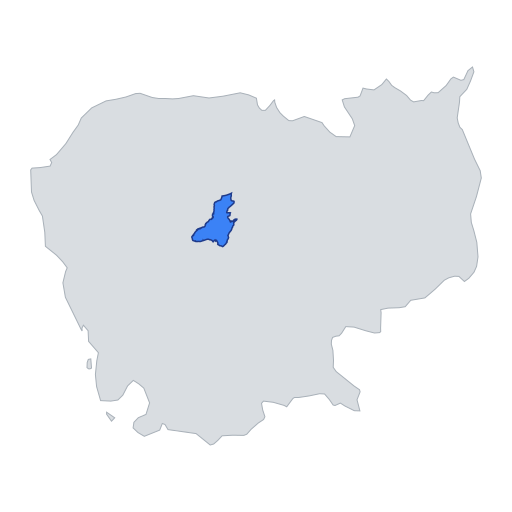 location of Stoung, Kâmpóng Thum, Cambodia
{"feature_id": "14789045B61102121423301", "entity_name": "Stoung", "entity_type": "district", "adm_level": 2, "iso_a3": "KHM", "parent_name": "Cambodia", "parent_adm1": "Kâmpóng Thum", "projection": "orthographic", "projection_center": [104.491, 12.979], "detail": "fine", "context": "in_parent", "style": "filled", "palette": "blue", "viewbox_px": 512, "rotation_deg": 0, "n_neighbors": 0, "source": "geoboundaries", "source_scale": "gbopen_adm2", "svg_char_len": 7524}
<svg xmlns="http://www.w3.org/2000/svg" viewBox="0 0 512 512"><path d="M472.5,67.0L473.9,71.8L470.5,81.0L466.8,89.3L459.8,96.7L459.5,102.0L457.2,117.9L458.2,123.0L459.9,127.3L462.3,129.6L468.7,145.1L474.5,159.1L480.2,170.7L481.3,178.0L476.4,196.7L470.6,213.9L471.3,222.4L473.9,230.9L476.8,242.3L478.0,256.8L476.6,266.3L474.0,272.2L468.8,278.3L464.4,281.5L458.9,276.4L454.6,276.2L448.8,277.8L444.3,280.2L435.1,289.2L424.9,297.9L410.7,300.3L405.2,306.7L399.3,307.7L388.1,308.1L380.7,309.6L381.1,312.8L380.6,328.0L380.7,331.6L379.6,332.6L374.5,333.0L365.9,330.8L354.1,327.1L345.8,326.6L341.6,333.2L339.1,335.8L335.9,336.2L332.6,337.4L331.5,340.4L331.3,344.1L332.9,350.4L333.5,360.4L333.2,367.3L336.2,371.6L354.2,386.1L359.5,389.7L360.1,391.8L357.0,399.8L359.9,410.9L354.3,410.7L344.9,406.0L340.4,403.1L335.0,405.5L333.1,405.0L329.4,399.6L324.6,394.0L319.7,393.7L309.2,395.9L298.6,397.5L294.5,397.5L292.9,398.5L286.7,406.8L284.1,405.4L273.3,402.3L263.5,401.1L261.5,403.3L262.7,410.0L264.9,416.7L263.6,419.5L258.3,423.0L251.1,429.3L246.8,434.2L243.8,435.4L232.9,435.2L222.1,435.8L217.8,440.4L213.7,444.0L210.2,445.0L196.1,433.6L168.0,429.6L165.0,424.5L162.3,423.5L159.7,430.1L144.3,436.3L137.9,432.5L133.1,427.9L133.9,422.3L138.3,417.7L146.0,414.4L149.6,402.9L143.8,388.1L138.7,383.8L133.3,380.4L127.6,385.9L122.8,395.2L117.9,400.0L110.8,401.1L100.6,400.6L96.6,386.6L95.4,374.6L96.8,360.8L98.4,352.7L88.6,341.4L88.1,330.7L83.4,325.2L82.0,328.0L82.1,331.0L80.8,328.8L65.4,297.3L62.9,282.8L65.6,271.6L67.2,267.8L62.8,261.9L56.5,255.2L45.4,246.3L44.8,232.4L42.4,216.0L39.2,210.5L34.1,200.4L31.5,192.0L30.7,169.9L32.1,168.1L40.0,167.6L50.1,166.1L51.7,162.5L50.0,159.5L56.5,154.6L65.8,143.7L73.0,132.3L78.2,125.1L81.3,118.0L91.7,107.9L106.1,100.9L115.8,99.3L125.9,97.0L135.6,93.6L140.1,93.3L152.2,97.5L158.6,98.5L165.5,98.5L172.5,98.9L178.7,98.5L193.4,95.7L209.0,98.0L223.0,96.2L240.2,92.8L248.7,94.9L256.4,98.2L257.5,104.9L259.3,108.0L261.9,110.4L265.3,110.4L269.7,105.7L273.4,100.8L274.6,99.9L274.8,102.3L276.6,107.5L279.9,112.7L283.3,116.1L288.8,120.6L292.5,120.8L304.3,116.5L322.0,122.6L324.1,125.8L329.8,132.1L336.1,136.6L349.9,136.9L354.7,125.6L352.3,118.8L344.4,106.9L342.2,99.9L344.7,98.7L358.0,97.2L360.1,95.9L363.0,88.1L366.6,89.0L374.0,89.9L381.8,84.6L386.4,79.0L388.9,81.5L391.7,85.4L394.7,87.6L400.4,90.9L406.6,95.5L410.5,100.1L413.6,101.9L421.5,100.5L423.6,100.7L428.2,95.0L431.4,92.0L434.1,92.8L438.1,92.7L446.2,85.5L450.9,78.9L453.4,77.1L460.9,80.3L463.8,79.6L468.0,70.6L472.5,67.0ZM91.5,368.1L89.9,368.9L88.5,368.8L87.0,367.6L87.2,362.5L88.3,359.4L90.8,358.9L91.5,368.1ZM114.7,417.8L111.5,421.2L106.6,414.2L106.6,412.2L114.7,417.8Z" fill="#d9dde1" stroke="#a8b0b8" stroke-width="1"/><path d="M236.9,219.2L236.6,219.1L235.6,219.1L235.4,219.3L235.2,219.4L235.2,219.5L235.3,219.7L235.4,219.8L235.2,219.8L235.0,219.6L235.1,219.4L234.9,219.3L234.6,219.7L234.8,219.9L234.8,220.0L234.5,220.1L234.3,220.0L234.2,220.0L234.4,220.3L234.3,220.5L234.1,220.5L233.7,220.6L233.6,220.8L233.8,220.9L233.7,221.1L233.2,220.9L233.0,221.2L233.0,221.4L232.4,221.4L232.2,221.4L232.2,221.2L231.9,221.0L231.6,221.0L231.4,221.4L231.2,221.6L231.1,221.2L230.9,221.1L230.8,221.3L230.8,221.5L230.7,221.7L230.5,221.9L230.4,221.9L230.2,221.4L230.0,220.9L229.5,219.9L229.3,219.5L228.1,218.2L227.9,217.8L227.6,217.0L227.7,216.7L227.8,216.5L228.4,216.2L229.4,215.8L229.7,215.7L229.9,215.4L230.0,215.0L230.0,214.7L230.0,214.2L230.0,213.8L230.1,213.4L230.4,212.8L230.2,212.7L227.2,212.8L226.8,212.7L226.7,212.3L227.1,210.9L227.4,210.3L227.7,210.1L227.6,209.8L227.7,209.6L227.7,209.2L227.8,208.9L227.8,208.7L228.0,208.4L228.4,208.0L228.7,207.8L228.8,207.6L229.0,207.5L229.2,207.1L229.9,206.7L230.6,206.1L232.4,204.5L232.8,204.1L233.7,203.3L233.9,203.0L234.0,202.7L234.0,202.2L234.1,201.8L234.0,201.4L233.9,201.2L233.7,201.1L232.1,200.9L231.7,200.7L231.3,200.5L231.1,200.0L230.8,198.8L230.8,197.9L230.8,197.5L231.0,196.7L231.2,196.2L231.3,195.9L231.2,194.3L231.2,194.0L231.4,193.2L231.0,193.4L230.7,193.6L229.7,194.0L226.4,195.2L224.6,195.6L222.9,195.9L222.1,196.0L222.0,196.6L221.5,198.2L221.1,199.1L220.7,199.9L220.6,200.0L220.3,200.1L219.7,200.2L219.2,200.5L218.3,200.7L217.4,201.0L217.1,201.2L216.2,201.9L215.6,201.9L215.2,202.1L214.9,202.4L214.7,202.6L214.3,203.8L214.1,204.5L214.2,204.9L214.4,205.6L214.2,206.4L214.1,206.6L214.0,206.8L214.2,208.3L214.0,209.3L214.0,209.9L214.1,210.4L213.7,212.4L213.6,212.7L213.7,213.2L213.6,213.8L213.1,213.6L213.1,213.9L212.9,214.0L212.6,214.2L212.6,214.3L212.6,214.6L212.5,214.9L212.5,215.1L212.6,215.4L212.5,215.5L212.4,215.9L212.5,216.1L212.6,216.3L212.8,216.6L213.2,216.8L213.2,217.0L212.9,217.3L213.0,217.4L212.9,217.5L212.9,217.8L212.7,218.0L212.6,217.8L212.5,217.7L212.4,217.8L212.2,217.9L212.1,218.0L211.9,218.3L211.8,218.5L211.8,218.9L211.8,219.0L211.6,219.1L211.4,219.3L211.2,219.4L210.9,219.3L210.3,219.3L210.0,219.3L209.4,219.9L208.9,220.6L208.4,221.5L208.2,221.7L207.7,222.0L207.4,222.0L206.9,222.5L206.4,222.9L206.3,223.1L206.2,223.2L206.2,223.4L206.1,223.5L205.7,223.6L205.6,223.9L205.5,224.2L205.5,224.3L205.3,224.5L205.4,224.8L205.4,225.0L204.8,226.5L204.6,226.7L204.3,226.8L203.8,227.1L203.7,227.1L203.4,227.0L202.8,227.1L202.5,227.2L202.3,227.2L201.7,227.8L201.5,227.7L201.1,228.0L200.7,228.2L200.2,228.0L200.1,228.3L199.8,228.6L199.8,228.8L199.4,228.7L199.2,228.8L198.9,228.7L198.8,228.8L198.5,228.7L198.4,228.8L198.2,228.9L197.9,228.9L197.8,229.0L197.7,229.1L197.8,229.4L197.9,229.5L197.5,229.9L197.4,229.9L197.0,229.7L196.9,229.7L196.7,229.9L196.6,230.0L196.8,230.4L196.8,230.6L196.2,231.0L195.6,231.6L194.9,232.5L194.7,232.8L194.7,233.1L194.4,233.4L194.0,234.0L193.9,234.1L193.7,234.2L193.6,234.3L193.7,234.5L193.7,234.8L193.3,235.0L193.2,235.1L193.4,235.5L193.2,235.7L192.8,235.6L192.7,235.6L192.6,235.9L192.3,236.1L192.0,236.5L191.8,237.0L192.0,237.7L192.2,238.1L192.4,239.2L192.5,239.7L192.7,240.0L192.8,240.4L192.9,240.5L194.8,241.1L195.2,241.3L195.3,241.3L195.6,241.2L195.4,241.0L195.2,240.5L195.3,240.6L195.5,241.0L195.9,241.1L196.0,241.1L195.9,241.1L195.7,241.2L195.6,241.4L195.8,241.5L197.9,241.5L198.7,241.4L199.5,241.5L200.3,241.5L201.1,241.3L201.8,241.0L203.2,240.6L203.3,240.5L203.3,240.4L203.4,240.5L203.6,240.5L205.5,239.8L206.3,239.5L207.6,239.2L208.4,239.2L208.8,239.3L209.2,239.5L209.5,239.7L209.9,239.7L210.3,239.7L210.6,239.9L211.1,240.0L211.7,240.3L212.2,240.6L212.3,240.8L213.1,241.8L213.4,241.5L213.9,240.9L214.2,240.5L214.3,240.4L214.5,240.4L214.8,240.4L214.9,240.2L215.0,240.2L214.9,240.1L215.0,240.0L215.1,239.9L215.2,240.0L215.3,240.2L215.4,240.3L215.3,240.7L215.5,240.8L215.7,241.1L215.8,241.0L215.8,240.8L215.9,240.7L216.1,240.8L216.1,240.7L216.4,240.3L216.5,240.3L216.7,240.6L216.8,240.8L216.9,241.2L217.2,241.6L217.5,242.1L217.7,242.4L217.8,242.8L217.8,243.2L217.8,243.4L217.9,243.9L218.0,244.1L217.8,244.4L218.0,244.6L218.5,244.8L218.8,245.0L219.8,245.7L220.8,245.8L221.0,245.8L221.8,246.1L222.4,246.6L222.6,246.6L222.9,246.5L223.6,246.0L223.9,245.6L224.4,245.2L224.7,244.8L225.5,244.2L226.0,243.5L226.1,243.2L226.5,242.8L226.9,242.5L227.0,241.9L226.8,241.7L227.2,240.9L227.2,240.3L227.3,240.0L227.5,239.8L228.0,239.0L228.2,238.7L228.6,237.5L228.5,237.3L228.3,236.8L228.2,236.0L228.1,235.7L227.9,235.5L228.6,234.1L228.8,233.7L228.9,233.4L229.3,232.6L229.8,232.1L230.2,231.5L231.1,230.5L231.6,229.4L231.8,228.9L232.0,228.0L232.2,227.6L232.5,227.3L232.6,227.1L232.6,226.7L232.7,226.2L233.2,225.6L233.5,225.4L233.7,225.1L233.8,224.8L233.7,222.7L235.2,221.1L236.5,220.1L236.6,219.8L236.8,219.4L236.9,219.2Z" fill="#3b82f6" stroke="#1e3a8a" stroke-width="1.5"/></svg>